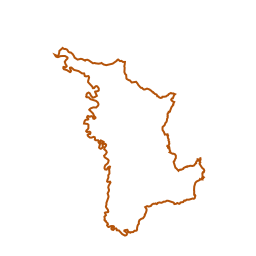 Paicol, Huila, Colombia (Albers equal-area conic projection), rotated 248°
{"feature_id": "7082276B2042357516453", "entity_name": "Paicol", "entity_type": "district", "adm_level": 2, "iso_a3": "COL", "parent_name": "Colombia", "parent_adm1": "Huila", "projection": "albers", "projection_center": [-75.733, 2.405], "detail": "fine", "context": "isolated", "style": "outline", "palette": "amber", "viewbox_px": 256, "rotation_deg": 248, "n_neighbors": 0, "source": "geoboundaries", "source_scale": "gbopen_adm2", "svg_char_len": 5756}
<svg xmlns="http://www.w3.org/2000/svg" viewBox="0 0 256 256"><g transform="rotate(248 128 128)"><path d="M154.6,162.9L155.5,162.5L157.4,160.4L157.4,158.3L157.7,157.2L158.9,156.4L159.9,156.1L160.3,155.2L161.4,154.6L164.3,153.6L165.6,153.5L167.8,152.8L168.8,148.5L171.6,147.5L172.1,146.6L174.0,145.2L174.6,145.1L177.9,146.2L179.2,145.6L181.2,145.6L185.2,147.5L186.7,147.7L187.9,148.6L190.4,149.9L191.1,148.1L192.7,147.1L193.0,145.7L195.2,144.5L195.2,143.8L194.5,142.6L193.4,137.9L194.4,131.4L196.0,129.2L198.2,127.8L198.1,127.4L198.6,124.9L200.2,122.0L200.7,121.6L201.2,119.7L205.5,116.9L206.5,115.9L207.0,113.9L206.6,113.4L209.0,111.4L209.8,110.2L210.3,106.9L213.3,104.8L214.4,104.9L217.2,104.4L219.5,103.2L219.9,102.2L220.8,101.4L223.4,100.9L224.7,99.7L225.1,98.6L225.8,97.8L226.7,97.4L225.2,93.3L222.9,92.0L221.3,90.5L221.1,89.9L221.3,89.4L223.2,87.6L221.4,87.9L220.3,88.9L219.9,89.7L219.9,92.6L218.4,96.5L216.3,98.2L215.8,98.3L215.0,97.8L214.2,95.8L213.0,94.1L210.0,94.0L209.1,94.4L208.2,94.3L207.9,93.8L207.7,92.6L208.7,91.5L208.7,90.9L207.7,90.4L206.5,90.6L204.6,93.0L201.5,95.2L201.5,95.6L202.3,96.6L205.1,96.5L205.6,96.8L205.5,97.7L205.2,98.2L202.0,99.8L199.3,103.5L195.8,105.9L195.0,107.8L192.4,107.4L191.9,107.9L191.4,109.0L191.0,110.7L190.6,110.9L189.3,110.8L186.5,108.6L185.4,108.2L179.4,110.5L178.3,110.3L178.0,110.4L177.7,111.5L178.7,113.3L178.8,114.2L178.1,115.1L175.7,115.7L173.9,115.0L173.6,114.5L173.6,113.1L174.1,111.3L173.9,111.0L169.5,111.2L169.1,108.7L169.2,107.1L169.6,106.6L171.8,105.8L174.4,105.6L175.6,104.8L175.5,103.3L174.7,102.1L173.0,101.4L172.8,101.0L172.1,101.1L171.1,103.1L168.8,104.0L165.1,108.5L163.0,109.6L161.5,109.6L160.8,109.4L160.0,108.7L158.9,106.2L160.1,103.6L160.2,101.0L159.9,99.8L159.4,98.9L154.6,101.0L151.7,101.1L150.0,101.8L149.5,101.6L149.1,100.2L149.6,99.4L151.9,99.4L152.8,98.3L152.7,96.8L154.2,95.4L154.0,94.7L153.3,94.0L151.6,94.6L150.9,94.4L150.8,93.8L151.4,92.3L151.3,91.4L150.5,90.2L148.6,88.9L146.9,92.0L145.8,92.5L142.6,91.2L141.9,90.2L141.3,88.6L140.7,88.0L139.7,88.4L138.9,91.1L138.2,91.5L137.5,91.4L136.6,90.5L137.1,89.5L136.9,88.1L136.1,87.8L135.1,88.1L133.3,89.2L132.7,90.8L132.7,92.8L131.9,93.7L130.6,93.5L129.6,92.9L128.7,93.6L127.8,95.7L126.9,95.8L125.9,95.3L124.9,95.5L124.9,96.2L126.6,97.7L126.7,98.1L124.2,100.3L123.7,100.1L123.4,99.0L124.0,97.4L123.9,96.3L120.8,93.9L120.0,94.0L118.9,95.0L119.1,96.4L120.0,97.7L122.0,98.1L122.2,99.6L121.7,101.1L120.5,101.4L119.7,100.9L118.8,99.2L117.3,98.0L114.9,99.2L113.4,99.2L112.2,97.8L111.2,95.4L109.6,95.4L106.4,97.6L105.2,97.9L103.6,96.8L102.8,95.8L101.9,92.9L100.5,91.6L99.3,91.1L98.1,91.3L97.4,92.6L98.9,94.8L99.2,96.4L98.9,96.8L96.2,94.7L95.4,94.7L92.7,93.7L91.6,92.0L89.4,91.3L87.5,89.4L86.3,88.6L85.7,88.9L84.9,91.3L84.0,91.3L81.8,88.5L80.3,87.4L77.7,87.2L76.7,86.6L75.0,84.6L72.1,84.4L71.0,83.8L66.6,79.9L65.0,79.3L63.5,78.1L62.6,78.0L59.8,78.7L57.8,78.4L57.5,78.0L58.2,75.3L58.0,74.8L55.4,74.9L54.6,72.9L52.0,72.3L51.6,71.7L50.0,72.2L49.9,72.6L48.5,72.7L47.4,73.4L46.2,73.3L45.9,72.4L45.5,72.1L43.6,72.7L43.4,73.1L43.5,74.8L43.2,76.3L42.4,77.8L41.7,78.0L41.3,77.6L41.5,75.6L41.3,75.1L40.7,74.8L39.9,75.0L39.0,76.1L39.7,78.0L39.4,79.3L38.4,79.6L37.4,79.3L36.4,81.2L31.8,82.9L29.4,84.9L29.3,86.3L29.6,86.9L30.2,87.4L31.6,87.5L34.0,86.0L34.4,86.3L34.4,87.0L33.9,89.2L33.2,89.4L31.9,89.2L30.8,89.8L30.8,90.6L30.1,91.0L30.3,91.6L29.6,93.8L30.3,95.6L29.8,96.7L29.7,97.5L30.3,98.3L31.8,98.9L33.6,100.1L34.6,101.1L35.1,102.2L36.8,102.8L38.2,104.0L38.8,106.2L38.7,108.1L39.9,110.1L41.3,111.4L41.6,111.3L42.6,112.7L44.4,114.2L45.7,114.8L48.2,114.3L48.4,116.5L47.5,117.6L47.2,118.9L47.2,120.2L48.0,121.2L48.3,123.1L47.6,124.7L47.7,125.4L46.7,126.1L46.8,126.8L47.4,127.5L47.2,129.3L46.2,130.8L46.1,132.3L46.4,133.2L45.8,134.9L46.0,136.9L45.3,138.2L41.9,142.2L41.4,142.5L40.1,142.5L39.7,144.0L40.0,145.6L38.5,147.0L38.5,147.6L39.3,148.8L38.7,151.4L39.7,153.0L39.1,154.1L39.6,155.5L38.7,157.8L38.4,161.6L37.7,162.5L38.0,163.6L39.9,165.0L40.3,164.7L40.9,164.9L41.1,164.5L41.5,164.7L41.8,164.5L44.8,165.8L45.3,165.8L48.9,167.5L51.9,169.9L52.7,171.5L52.9,174.6L53.2,175.5L53.6,175.7L52.9,176.4L53.0,177.1L52.6,177.6L53.7,177.8L54.2,178.2L54.1,178.4L53.6,178.4L53.3,178.9L53.7,179.2L53.9,179.8L55.2,179.0L58.0,179.9L58.9,180.8L58.5,181.4L58.7,181.8L60.0,182.8L61.4,182.8L63.3,181.8L68.0,180.9L69.1,182.2L69.9,181.8L71.5,183.3L71.9,183.6L72.8,183.8L72.8,183.5L71.5,183.3L71.4,182.0L71.5,181.4L72.8,181.2L73.0,180.8L71.6,180.1L71.4,179.1L70.5,178.1L69.8,178.0L69.6,177.0L68.5,175.2L68.6,173.6L69.7,171.5L69.8,169.9L70.3,168.6L69.8,168.0L70.3,167.3L70.1,164.6L69.4,163.9L69.4,161.4L69.7,161.3L69.9,160.5L69.9,159.7L69.4,158.8L72.7,157.6L73.4,157.1L79.5,157.6L79.9,158.0L80.0,158.7L81.6,160.1L82.1,161.0L84.4,162.0L86.0,161.7L87.2,160.5L87.4,159.7L89.9,157.5L90.2,158.3L90.7,158.5L91.4,158.3L93.6,158.8L94.3,158.7L94.6,159.1L94.8,159.1L94.1,158.0L94.7,157.7L95.7,158.0L96.5,157.6L96.7,157.8L96.2,158.4L97.4,160.0L98.1,160.5L98.9,160.4L99.6,161.0L101.5,160.9L102.2,161.5L103.6,161.3L105.2,161.6L105.8,162.3L107.2,162.3L107.0,161.5L107.9,160.9L108.1,159.7L110.8,159.8L113.2,159.3L114.9,159.9L116.0,160.5L116.9,163.0L118.6,164.5L119.1,165.7L120.1,166.7L121.8,167.6L122.8,168.7L123.6,169.1L124.2,169.0L124.7,169.6L125.7,169.7L126.7,170.3L126.9,171.2L127.8,171.8L127.4,172.6L127.5,173.1L128.1,173.4L131.1,176.2L132.5,178.7L133.0,178.6L134.8,180.6L135.7,179.6L137.0,178.8L138.0,178.6L138.9,179.6L138.7,180.7L141.2,183.0L141.7,184.3L143.2,182.8L143.4,181.8L144.4,180.9L144.1,178.3L143.4,177.4L143.4,176.1L143.0,175.2L143.5,173.0L144.1,171.6L143.4,170.7L143.7,169.4L144.8,168.3L145.9,168.0L146.5,167.0L147.3,167.2L148.4,167.0L149.4,165.8L150.6,165.3L151.1,164.7L151.8,164.8L152.6,164.0L154.1,163.4L154.6,162.9Z" fill="none" stroke="#b45309" stroke-width="2"/></g></svg>